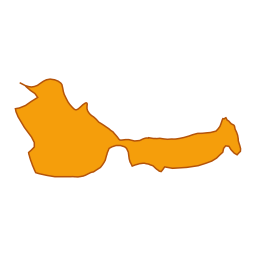 outline of Monchy/Careffe, Gros Islet, Saint Lucia
{"feature_id": "8701671B75171816704867", "entity_name": "Monchy/Careffe", "entity_type": "district", "adm_level": 2, "iso_a3": "LCA", "parent_name": "Saint Lucia", "parent_adm1": "Gros Islet", "projection": "albers", "projection_center": [-60.95, 14.06], "detail": "fine", "context": "isolated", "style": "filled", "palette": "amber", "viewbox_px": 256, "rotation_deg": 0, "n_neighbors": 0, "source": "geoboundaries", "source_scale": "gbopen_adm2", "svg_char_len": 2956}
<svg xmlns="http://www.w3.org/2000/svg" viewBox="0 0 256 256"><path d="M126.5,148.3L128.3,152.1L129.2,158.9L130.1,162.0L130.9,163.4L132.2,166.1L134.5,165.2L135.3,164.9L137.2,164.4L139.4,163.7L141.2,163.5L142.6,163.3L144.4,163.2L145.0,163.4L146.2,163.7L147.6,163.9L148.9,164.2L150.3,164.9L151.7,165.3L152.8,165.7L154.1,166.8L155.5,168.2L156.8,169.3L158.0,170.1L159.2,171.1L161.1,171.6L161.9,170.7L162.7,169.7L163.3,168.9L163.7,168.3L164.0,167.8L164.4,167.3L164.7,166.9L172.5,168.3L186.8,167.4L198.2,165.7L206.0,163.2L211.7,161.1L216.6,158.1L219.5,155.2L222.8,152.2L223.6,148.4L225.6,145.9L225.9,145.9L228.9,146.3L231.0,149.7L234.2,153.1L237.1,154.8L239.4,152.3L240.4,151.4L240.6,148.8L239.7,145.3L239.0,143.2L238.3,140.8L238.2,138.7L237.6,135.2L236.5,132.1L235.1,129.2L234.5,126.2L233.9,125.2L232.9,124.6L231.4,123.9L230.1,122.6L228.9,121.2L227.0,119.9L226.1,118.0L225.9,117.7L225.4,117.9L224.1,118.9L222.9,118.6L222.3,119.8L221.1,123.4L219.9,126.5L218.0,129.0L216.0,131.1L210.5,132.5L207.0,132.8L202.2,133.3L197.5,133.4L192.7,134.7L189.1,136.0L183.9,137.5L179.6,138.4L175.9,139.0L173.8,139.1L171.6,139.0L167.5,139.3L163.7,138.9L159.9,138.3L156.6,138.6L155.8,138.5L153.5,138.5L148.6,137.7L148.5,138.1L146.7,138.0L146.4,138.0L145.2,138.2L143.1,138.9L142.2,139.3L139.8,140.5L134.6,141.0L128.8,139.6L125.6,139.6L121.5,140.1L120.0,140.1L118.9,139.2L117.5,137.2L115.9,135.3L114.3,133.5L113.0,131.9L110.6,130.3L108.8,128.7L106.1,126.9L104.4,125.7L101.8,124.0L98.7,122.1L97.4,120.6L96.5,119.6L95.5,118.6L93.7,117.0L91.6,115.6L89.9,114.1L88.7,112.6L87.6,110.8L87.0,108.7L87.0,106.4L87.2,104.1L87.0,103.3L86.5,102.9L85.8,102.9L84.8,103.4L82.8,104.8L80.9,106.6L78.3,108.9L76.7,109.7L76.4,109.8L75.6,109.8L75.0,109.6L73.8,108.8L71.9,106.9L69.7,104.4L67.9,101.8L66.1,98.3L64.2,94.4L63.3,91.4L62.7,88.0L61.9,84.6L60.8,83.1L58.2,81.2L54.7,79.8L50.1,79.1L46.4,79.8L43.5,81.2L41.1,82.8L37.4,85.4L34.4,86.5L31.4,87.0L28.7,86.6L25.6,85.7L25.1,85.5L26.4,86.9L30.4,90.4L34.9,93.5L37.7,97.4L36.3,98.3L31.2,101.5L25.5,105.5L19.3,108.0L15.4,108.7L16.0,111.7L18.1,116.8L24.4,127.4L31.5,137.0L34.3,142.5L34.3,147.0L31.2,150.2L28.6,152.5L28.9,154.3L29.3,155.5L29.5,156.3L29.8,157.5L30.3,159.0L30.7,160.4L31.3,161.9L32.0,163.8L32.6,165.6L33.1,166.6L33.5,167.7L33.8,168.3L34.2,169.3L34.5,170.1L35.0,171.1L35.5,172.2L35.8,172.7L39.2,173.7L46.9,175.4L54.7,176.7L64.5,176.7L71.1,176.7L72.3,176.6L74.0,176.7L74.9,176.8L75.9,176.8L77.1,176.9L78.2,176.9L79.3,176.7L80.2,176.6L81.3,176.4L82.2,176.2L83.1,176.1L84.0,175.7L84.8,175.5L85.6,175.1L86.3,174.8L88.0,173.9L89.7,173.1L90.6,172.6L91.5,172.3L93.5,171.9L96.5,169.9L97.8,169.1L98.8,168.4L99.9,167.8L100.6,167.2L101.4,166.2L102.6,164.6L104.1,162.3L104.6,161.3L105.1,160.5L105.4,159.6L105.7,158.4L105.9,157.6L106.2,156.7L106.4,155.8L107.0,154.1L107.2,153.0L109.1,148.4L112.0,146.8L116.0,145.5L120.5,145.5L124.6,146.8L126.5,148.3ZM19.7,82.7L22.5,84.2L25.1,85.5L22.1,83.9L19.7,82.7Z" fill="#f59e0b" stroke="#b45309" stroke-width="1.5"/></svg>